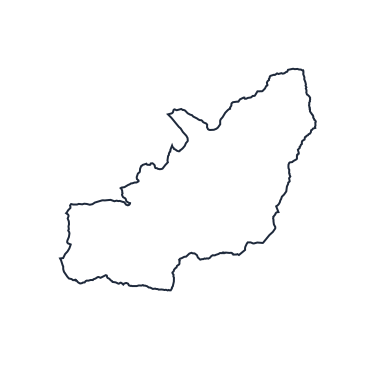 Chita, Boyacá, Colombia (Albers equal-area conic projection), rotated 248°
{"feature_id": "7082276B46406567595223", "entity_name": "Chita", "entity_type": "district", "adm_level": 2, "iso_a3": "COL", "parent_name": "Colombia", "parent_adm1": "Boyacá", "projection": "albers", "projection_center": [-72.448, 6.098], "detail": "fine", "context": "isolated", "style": "outline", "palette": "slate", "viewbox_px": 384, "rotation_deg": 248, "n_neighbors": 0, "source": "geoboundaries", "source_scale": "gbopen_adm2", "svg_char_len": 6073}
<svg xmlns="http://www.w3.org/2000/svg" viewBox="0 0 384 384"><g transform="rotate(248 192 192)"><path d="M219.5,67.4L217.4,68.7L216.4,68.7L215.7,68.4L214.0,66.8L211.0,66.8L208.2,65.9L206.4,64.6L203.7,63.9L202.6,62.8L200.7,63.1L199.4,62.8L196.4,61.0L193.7,58.3L192.4,57.5L191.7,57.5L190.8,57.8L188.8,59.9L188.5,59.7L185.6,57.1L183.5,54.3L182.0,51.1L179.0,47.8L179.8,44.8L177.7,45.0L172.3,44.6L171.3,44.7L168.7,43.7L166.1,43.4L160.1,44.7L157.9,45.5L156.4,47.7L154.9,48.6L154.5,49.5L154.4,50.8L153.9,50.8L153.8,51.3L153.3,51.1L152.7,52.0L151.7,52.2L150.5,52.8L149.1,54.0L148.7,55.8L148.9,57.0L148.4,58.6L149.2,60.0L149.3,61.2L148.6,62.7L148.4,65.0L147.5,67.1L148.0,67.9L147.9,70.1L148.4,72.5L148.2,73.5L146.7,75.1L147.2,80.9L146.4,81.7L145.0,81.4L143.9,81.6L142.6,82.8L140.5,83.6L139.3,84.5L138.4,84.6L136.8,87.4L134.6,89.4L134.4,90.0L134.7,91.6L134.6,92.0L133.8,92.7L131.9,93.6L132.5,94.7L132.4,96.5L132.2,97.1L130.9,98.4L129.1,98.5L128.0,99.7L127.9,100.4L127.3,101.1L125.5,105.4L125.3,107.6L124.1,110.3L124.1,111.6L123.2,112.3L122.8,113.4L121.4,115.1L119.7,116.1L119.0,117.5L116.8,119.4L116.2,121.7L115.5,122.4L114.8,123.9L114.0,124.5L113.0,127.3L112.1,128.9L111.5,129.6L111.1,131.2L109.8,132.7L109.9,133.7L109.2,134.4L108.8,135.4L110.2,137.3L111.0,137.6L111.7,138.8L115.7,141.6L119.4,143.2L120.6,143.1L122.3,143.9L123.8,143.5L124.7,143.7L125.3,145.2L126.7,146.3L127.7,148.3L127.8,149.3L129.1,150.4L129.7,153.0L130.6,153.7L132.3,154.3L132.8,154.9L133.9,154.6L134.6,155.9L134.5,157.6L134.8,160.5L134.3,162.4L135.9,166.5L135.8,168.8L134.9,169.6L134.1,171.4L131.6,172.9L129.1,172.9L126.2,174.3L126.0,176.1L125.5,177.5L125.7,178.6L125.0,179.7L124.9,181.0L124.1,182.2L124.3,183.9L125.3,185.8L125.6,187.4L124.7,189.5L124.8,190.5L124.6,193.3L124.9,195.1L124.1,196.8L124.4,197.6L124.2,198.3L123.7,198.3L123.8,198.8L123.5,199.5L123.1,199.6L123.2,200.6L121.5,203.8L121.0,205.5L120.1,206.4L119.5,206.4L119.2,206.8L118.5,206.8L117.4,209.8L117.4,210.8L116.0,211.9L118.4,219.5L120.0,220.1L121.2,220.9L123.6,223.5L124.4,224.8L123.3,227.5L121.5,229.3L121.1,230.1L120.7,233.6L118.3,238.4L118.3,238.9L123.1,247.7L124.7,252.0L127.0,255.5L128.3,256.1L131.3,255.8L134.8,256.7L135.4,257.1L137.1,257.3L137.8,257.9L138.5,258.0L140.0,260.8L140.8,261.4L141.3,262.4L141.4,263.2L141.0,264.6L147.2,264.7L147.5,266.3L148.3,268.0L149.7,269.7L151.1,270.7L152.0,271.9L154.0,273.6L155.1,276.3L157.2,279.6L161.6,282.1L163.4,284.1L164.7,284.8L165.0,286.0L165.4,286.6L168.4,287.2L169.6,289.0L171.6,288.9L172.2,289.3L173.1,289.1L176.2,290.5L177.8,290.4L179.4,290.9L181.2,291.7L182.6,293.1L182.8,293.7L182.2,296.2L182.7,297.4L183.2,301.3L183.8,301.9L186.2,302.8L186.5,303.4L187.2,303.5L187.5,304.5L187.5,305.2L187.9,305.3L188.1,305.6L191.5,306.0L192.6,308.5L193.5,308.7L193.7,309.4L195.0,310.7L195.4,311.9L197.1,312.5L198.1,313.5L198.5,316.0L200.3,317.1L200.6,317.5L200.6,318.5L201.2,319.2L201.2,320.8L201.9,321.7L201.9,323.1L202.8,324.5L204.6,325.6L204.7,326.7L205.5,328.0L205.2,330.3L206.5,330.5L207.2,331.3L210.3,332.4L210.5,332.9L211.1,333.2L212.3,333.0L213.3,332.4L214.2,332.6L215.2,332.3L215.7,332.3L216.7,332.8L218.3,332.7L219.1,332.2L219.9,332.3L220.8,331.9L222.7,331.6L224.2,332.3L224.9,332.1L225.1,332.5L225.8,332.8L226.9,332.6L227.4,332.9L228.7,333.0L229.3,333.6L230.9,334.1L231.9,335.4L232.6,335.5L233.7,336.3L234.4,336.4L235.0,336.8L236.6,336.6L238.4,335.8L239.4,335.1L241.6,335.3L242.1,335.7L243.6,336.3L245.4,336.3L246.2,337.3L248.0,337.1L249.0,337.9L251.7,338.3L254.5,338.3L256.3,339.2L259.8,339.3L260.6,340.0L261.5,340.1L262.3,340.6L263.2,340.6L263.3,340.0L264.8,338.8L265.5,337.1L266.6,335.9L267.4,333.3L268.4,331.9L269.3,326.8L267.9,325.4L268.0,324.2L267.5,322.2L267.7,320.5L268.7,319.4L269.0,316.4L270.1,315.3L269.5,313.0L269.6,312.4L270.0,312.0L270.3,308.2L269.8,307.3L268.7,306.7L268.1,305.7L267.0,305.4L266.5,303.8L265.5,302.5L263.7,302.0L263.0,302.1L262.6,301.8L262.4,300.4L260.6,298.4L259.2,295.2L259.2,294.6L260.8,290.4L257.8,286.4L257.8,285.5L258.3,284.3L257.6,282.0L258.3,279.2L258.2,277.1L258.8,275.8L259.2,275.7L259.9,275.9L260.2,275.2L259.9,271.1L258.4,268.9L258.5,268.3L258.8,268.0L259.9,263.6L259.5,262.2L259.0,261.6L257.3,260.8L256.0,258.9L254.9,258.5L255.0,257.6L254.5,255.8L253.0,252.5L249.9,248.4L248.6,245.8L247.5,244.8L244.2,243.5L242.0,240.1L241.5,238.3L241.5,235.6L242.8,231.8L243.4,231.0L244.2,230.4L246.4,230.2L248.8,231.3L250.2,230.8L252.2,228.8L253.1,228.3L254.0,228.2L255.0,227.6L255.7,226.2L256.7,225.2L258.3,224.2L261.5,221.4L263.2,220.8L264.4,219.3L266.6,217.5L270.1,216.1L271.2,215.0L271.5,214.2L273.0,213.1L273.5,208.8L273.7,208.2L275.1,206.9L275.2,206.4L274.9,205.6L273.3,204.4L272.7,203.5L272.5,202.6L273.0,198.8L268.5,200.7L257.3,204.2L255.1,205.3L251.1,206.0L246.3,207.8L243.7,208.1L241.4,207.4L240.7,206.9L239.6,204.7L237.5,202.6L236.0,199.8L235.3,197.7L235.2,196.7L234.5,195.7L234.8,194.8L235.9,193.5L237.6,192.5L238.7,191.4L240.0,191.4L240.8,190.8L242.5,190.9L239.0,187.6L238.3,187.5L237.9,186.9L237.5,186.8L237.4,186.2L236.4,185.1L235.0,184.4L234.3,183.3L230.5,181.1L228.5,180.7L228.4,180.1L228.0,179.6L227.2,177.7L224.7,173.4L224.8,172.0L225.3,170.5L226.4,168.9L227.1,168.5L227.9,167.1L229.3,167.0L230.6,167.4L231.1,167.3L232.9,166.5L233.5,166.0L233.9,164.4L233.0,163.6L232.9,163.1L234.0,160.8L234.5,160.4L235.3,160.3L235.6,156.3L235.2,155.8L235.1,154.6L233.0,152.6L230.5,151.3L229.9,150.7L229.6,149.4L229.3,148.7L226.5,146.3L224.7,145.8L222.7,146.7L221.9,146.4L221.6,144.2L222.3,142.2L222.4,140.0L222.8,138.5L222.4,136.9L222.5,135.8L221.8,131.2L222.5,128.3L222.3,127.3L221.1,127.8L219.1,127.7L217.6,127.1L216.9,127.2L215.8,126.1L214.9,126.0L213.0,126.2L211.3,127.6L210.4,127.9L208.1,127.7L207.6,127.9L205.7,129.3L204.9,130.4L204.5,130.2L203.9,129.4L203.6,128.5L203.7,127.5L205.0,126.1L207.1,125.6L208.3,125.0L208.7,124.2L210.8,121.7L211.2,120.2L212.2,118.9L212.5,116.6L215.2,113.6L216.8,108.2L217.9,105.7L218.6,98.0L218.0,95.1L218.5,92.4L220.3,90.0L221.5,87.7L221.7,85.6L223.4,82.5L223.4,81.0L223.7,80.0L224.8,77.3L226.1,75.4L225.2,73.9L224.1,73.8L222.8,73.3L221.4,70.2L219.7,68.0L219.5,67.4Z" fill="none" stroke="#1e293b" stroke-width="2"/></g></svg>